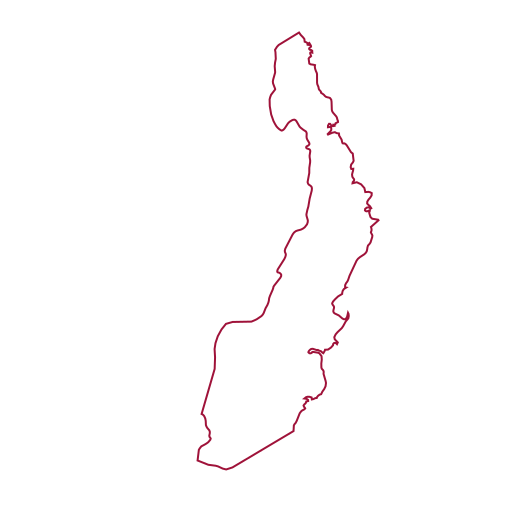 SVG path tracing the border of Central, rotated 239°
{"feature_id": "PNG-1249", "entity_name": "Central", "entity_type": "Province", "adm_level": 1, "iso_a3": "PNG", "parent_name": "Papua New Guinea", "parent_adm1": "", "projection": "natural_earth1", "projection_center": [147.941, -9.068], "detail": "fine", "context": "isolated", "style": "outline", "palette": "rose", "viewbox_px": 512, "rotation_deg": 239, "n_neighbors": 0, "source": "natural_earth", "source_scale": "10m", "svg_char_len": 5694}
<svg xmlns="http://www.w3.org/2000/svg" viewBox="0 0 512 512"><g transform="rotate(239 256 256)"><path d="M425.4,408.0L422.5,408.2L419.0,409.0L417.1,409.2L414.6,408.1L413.5,409.0L412.2,409.7L410.5,409.0L409.8,409.9L411.2,410.6L411.2,411.4L408.0,411.4L407.1,411.0L406.8,408.9L406.2,408.2L405.0,408.4L404.1,409.4L403.0,409.9L401.3,409.0L402.4,408.1L402.4,407.3L401.6,406.7L399.0,406.2L398.7,405.3L398.7,404.1L398.1,402.8L393.5,400.8L392.2,401.5L390.3,403.8L389.2,404.9L388.0,403.9L386.0,403.1L383.7,402.6L381.8,402.4L380.5,402.0L373.1,397.6L371.6,397.0L368.8,396.6L366.9,395.9L366.1,395.8L364.1,396.2L363.1,396.2L362.5,395.8L360.1,396.9L358.9,397.3L357.9,397.4L356.5,397.9L355.3,398.9L354.2,400.1L353.3,400.8L351.3,401.0L349.3,400.2L342.3,396.3L341.1,395.9L339.5,395.8L334.2,396.7L332.9,396.6L331.0,396.0L329.6,395.8L328.6,395.3L328.8,392.6L327.9,391.7L328.1,391.3L328.4,390.5L328.6,390.1L327.5,390.1L327.2,390.1L327.7,388.7L328.6,387.9L329.7,387.7L331.1,387.6L331.7,386.7L330.7,384.9L329.3,384.0L328.6,385.6L328.1,386.5L327.0,386.4L325.8,385.8L325.1,385.2L324.6,384.2L323.6,380.3L323.0,380.3L322.3,385.1L321.5,387.4L319.8,388.4L318.7,389.7L318.4,390.2L317.7,390.0L316.6,389.3L311.7,389.3L309.3,388.5L308.0,388.3L307.5,388.8L306.9,389.9L305.6,390.5L304.1,390.8L296.0,390.9L294.0,391.7L287.3,388.7L286.3,387.2L285.4,384.7L283.4,382.9L281.5,382.5L280.7,384.3L279.2,383.2L277.9,381.8L276.4,380.3L274.3,379.4L273.3,379.4L271.4,379.6L270.8,379.4L270.1,378.8L269.5,377.0L268.6,376.2L267.3,380.4L263.3,383.0L258.4,383.9L254.5,382.6L253.0,385.5L251.8,386.7L250.3,387.6L248.4,386.3L247.2,384.0L246.4,381.5L245.3,379.4L243.7,378.3L242.1,378.6L240.1,379.3L237.6,379.4L237.6,378.6L239.5,377.9L240.4,376.0L240.2,373.9L239.0,372.9L238.1,373.1L237.4,373.7L237.0,374.6L236.6,377.1L236.1,376.8L234.8,375.3L230.5,374.2L228.1,374.8L224.2,379.4L223.5,379.4L221.7,369.5L220.7,369.3L219.4,368.8L218.3,368.1L217.8,367.5L217.2,366.7L216.0,366.5L214.6,366.5L213.6,366.3L212.3,365.3L208.6,361.1L207.8,359.3L207.3,357.4L205.9,355.9L204.3,354.6L202.9,353.2L202.1,351.5L201.7,349.6L201.5,344.5L201.1,342.0L200.2,339.8L190.9,326.0L188.1,322.7L187.1,321.2L186.3,319.2L185.1,317.4L183.2,316.2L182.5,317.0L182.4,314.3L181.5,312.4L180.1,311.0L179.1,310.3L179.1,310.1L179.1,305.6L178.2,301.5L177.3,298.6L176.2,296.9L175.1,296.6L172.9,296.8L172.0,296.6L171.2,296.0L169.6,294.4L168.6,293.7L167.4,293.5L166.2,293.9L162.4,296.4L158.1,297.8L157.2,298.3L156.6,298.7L156.2,299.3L155.9,299.9L156.0,300.7L156.3,301.6L157.1,302.9L159.9,305.6L158.7,305.5L156.8,304.6L155.0,303.0L153.7,299.2L151.0,294.6L150.0,292.4L148.7,286.6L147.8,283.9L146.1,281.3L144.0,280.6L139.8,281.6L138.7,280.0L140.0,279.7L140.9,279.0L141.2,278.0L140.8,276.8L139.8,276.0L138.9,273.1L138.7,269.5L140.1,266.9L139.5,266.3L139.0,265.5L138.5,264.6L138.0,263.6L138.8,263.2L140.8,262.7L143.1,260.8L143.6,260.7L144.2,259.5L147.2,256.9L147.9,255.4L147.8,254.2L147.5,252.9L147.0,251.8L146.4,251.3L145.1,251.7L144.4,252.8L144.3,254.0L144.7,254.6L144.5,255.4L141.3,259.2L140.1,260.2L136.4,260.6L133.3,259.0L130.2,256.6L126.7,254.6L125.5,254.3L123.6,254.7L122.4,254.6L121.6,254.2L120.2,253.2L113.0,251.3L111.1,250.6L108.5,248.5L106.8,245.9L105.6,243.1L104.0,240.7L104.4,239.1L104.2,237.2L103.6,235.6L103.0,234.9L103.6,233.8L103.8,231.5L104.3,230.0L106.1,230.8L107.7,229.4L108.7,227.9L109.2,226.3L108.9,224.1L107.5,225.8L105.8,226.5L104.8,226.0L105.4,224.1L104.9,223.6L104.4,223.0L104.1,222.2L104.0,221.3L103.4,219.8L102.2,219.5L100.9,219.7L100.1,219.7L99.7,218.7L99.7,217.5L99.8,216.3L99.7,215.1L99.2,213.7L98.7,212.5L93.8,206.1L92.5,204.0L92.0,202.4L91.3,201.2L86.6,198.0L86.9,126.9L88.4,120.5L90.9,118.0L95.2,115.1L97.0,113.4L101.6,107.6L110.8,100.6L119.3,107.2L120.1,108.7L121.0,111.1L120.8,114.9L120.8,117.1L121.0,119.2L122.0,122.1L122.8,123.1L123.8,123.2L124.9,123.0L126.0,123.4L128.0,125.2L129.2,125.9L130.6,126.2L133.6,125.7L135.3,125.7L136.9,126.0L140.6,128.0L141.7,128.4L142.8,128.8L145.0,129.1L145.9,129.1L146.8,128.9L147.5,128.7L148.6,128.0L180.5,162.4L190.2,168.7L197.6,172.6L202.2,176.4L206.9,181.9L210.8,188.6L213.3,195.3L211.5,202.0L202.1,218.3L201.6,221.9L201.4,224.1L201.7,229.7L202.3,231.7L203.2,233.3L206.3,237.3L208.1,240.5L209.7,242.6L211.2,244.1L213.0,245.5L214.6,247.4L218.5,252.9L219.7,254.3L220.6,255.1L221.2,256.2L224.8,265.6L225.7,267.1L226.8,267.9L227.9,268.0L228.9,267.7L229.7,267.3L230.8,266.2L231.4,266.1L232.1,266.4L233.3,267.7L238.8,278.7L240.0,280.5L241.0,281.6L241.7,282.2L242.6,282.6L244.6,282.9L245.7,283.4L247.2,284.9L255.6,298.5L256.5,300.6L256.8,302.8L256.5,304.6L255.5,308.0L255.3,310.2L255.5,312.5L256.9,316.1L258.4,317.8L259.9,318.8L264.4,320.0L265.8,320.7L269.0,323.7L271.4,326.3L277.6,331.6L283.3,337.4L284.9,338.6L286.3,339.2L287.5,339.1L288.6,338.7L290.0,338.0L291.3,337.9L292.8,338.3L299.7,344.4L304.1,347.1L308.5,350.7L310.1,351.7L312.9,352.8L314.4,353.6L317.6,356.3L318.1,356.6L318.6,356.8L319.2,356.9L319.7,356.8L320.4,356.4L321.4,355.5L322.0,355.0L322.7,354.8L323.4,355.0L323.8,355.5L323.9,356.1L323.8,357.0L323.8,358.0L324.2,359.2L325.1,359.8L326.3,359.9L329.5,359.9L331.0,360.2L332.3,360.8L334.8,362.5L336.0,362.9L337.1,362.9L339.7,361.6L343.1,360.3L344.4,360.0L350.2,360.1L351.5,360.0L352.5,359.6L353.1,359.1L353.6,358.0L353.8,356.8L353.8,354.5L353.6,353.1L353.2,351.7L350.7,346.5L350.3,345.4L350.1,344.5L350.1,343.5L350.2,342.7L351.1,342.0L352.9,341.2L354.9,340.6L356.7,340.3L359.5,340.3L362.7,340.5L369.5,341.9L377.4,345.0L383.2,348.3L384.8,349.9L386.4,351.9L388.5,357.2L388.9,358.2L389.5,358.5L395.1,359.5L396.9,360.3L398.5,361.7L403.2,366.7L403.9,367.2L409.1,369.8L411.9,371.9L414.8,374.5L420.6,377.6L422.9,378.5L424.5,381.7L425.2,384.1L425.4,408.0L425.4,408.0Z" fill="none" stroke="#9f1239" stroke-width="2"/></g></svg>